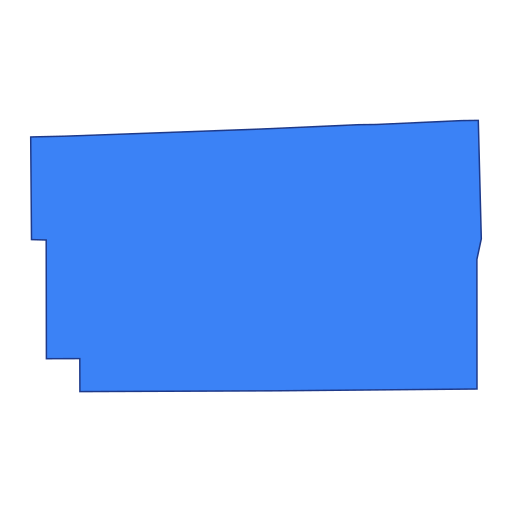 Fulton, Ohio, United States of America (Albers equal-area conic projection)
{"feature_id": "52423323B87203223255400", "entity_name": "Fulton", "entity_type": "district", "adm_level": 2, "iso_a3": "USA", "parent_name": "United States of America", "parent_adm1": "Ohio", "projection": "albers", "projection_center": [-84.164, 41.603], "detail": "fine", "context": "isolated", "style": "filled", "palette": "blue", "viewbox_px": 512, "rotation_deg": 0, "n_neighbors": 0, "source": "geoboundaries", "source_scale": "gbopen_adm2", "svg_char_len": 362}
<svg xmlns="http://www.w3.org/2000/svg" viewBox="0 0 512 512"><path d="M79.9,391.6L276.3,390.8L477.0,389.0L476.9,259.4L481.3,238.8L478.3,120.4L478.2,120.4L461.6,120.6L376.2,124.5L358.5,124.7L259.3,129.1L64.5,136.2L64.3,136.2L33.3,136.9L30.7,137.0L31.5,239.6L46.2,240.0L46.4,358.7L79.8,358.6L79.9,391.6Z" fill="#3b82f6" stroke="#1e3a8a" stroke-width="1.5"/></svg>